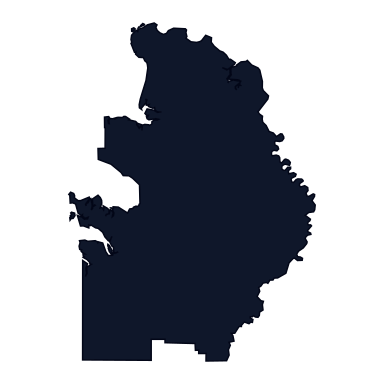 outline of Litchfield, Northern Territory, Australia
{"feature_id": "25037944B87513158470011", "entity_name": "Litchfield", "entity_type": "district", "adm_level": 2, "iso_a3": "AUS", "parent_name": "Australia", "parent_adm1": "Northern Territory", "projection": "mercator", "projection_center": [131.088, -12.502], "detail": "fine", "context": "isolated", "style": "filled", "palette": "ink", "viewbox_px": 384, "rotation_deg": 0, "n_neighbors": 0, "source": "geoboundaries", "source_scale": "gbopen_adm2", "svg_char_len": 5935}
<svg xmlns="http://www.w3.org/2000/svg" viewBox="0 0 384 384"><path d="M226.6,360.7L229.1,355.1L228.4,349.8L230.3,345.3L229.0,342.3L234.0,341.1L232.9,335.7L231.3,333.3L234.8,333.2L238.6,327.2L239.4,326.4L241.4,326.5L241.5,325.2L244.3,322.0L249.0,323.7L250.7,322.1L252.4,322.4L252.9,319.5L250.2,318.0L250.3,316.7L252.3,316.8L253.4,315.7L255.3,317.0L258.0,317.3L259.3,315.5L259.6,312.1L263.0,310.0L262.4,304.7L263.4,301.3L260.9,300.7L257.1,296.6L259.7,291.3L258.7,287.5L260.9,286.1L263.0,283.1L266.4,282.5L267.9,283.3L269.9,280.1L273.0,280.0L274.1,278.1L277.7,277.9L285.9,273.2L289.0,262.9L293.1,258.5L294.5,258.1L297.5,260.5L302.2,260.3L302.5,258.3L300.3,257.0L297.6,256.7L296.7,254.1L298.5,251.2L303.3,247.9L306.7,243.6L307.1,241.9L305.2,238.5L306.0,236.6L307.8,235.1L310.9,234.4L310.6,233.1L307.7,231.6L307.6,230.5L311.5,225.9L310.7,224.9L308.3,224.9L307.7,223.9L308.0,222.2L309.9,220.7L310.4,219.2L305.2,215.3L308.7,212.5L313.6,211.8L314.7,209.8L315.2,205.0L312.0,200.7L314.5,196.4L314.6,194.5L313.2,193.9L308.9,196.4L307.0,196.0L306.0,193.0L308.0,190.6L307.7,187.5L304.7,185.7L300.5,187.0L299.5,185.6L299.6,183.6L303.0,181.3L303.1,180.5L301.7,179.1L297.8,178.9L296.1,179.6L293.5,182.5L291.8,182.0L291.1,179.4L291.6,178.2L295.4,176.3L296.1,174.2L293.6,172.7L288.7,173.8L288.4,170.7L290.6,168.8L290.6,167.2L287.7,167.3L285.2,170.3L283.6,170.4L281.8,168.9L281.8,166.3L283.6,164.7L285.4,164.2L289.4,165.3L289.8,164.7L290.3,162.4L288.5,160.2L285.8,159.1L284.5,159.5L281.6,163.0L279.9,161.8L279.7,157.7L278.7,155.9L276.2,155.1L272.2,155.8L271.7,155.2L271.4,152.8L272.2,151.1L274.0,150.3L276.9,150.8L278.6,149.0L277.8,146.4L274.8,144.8L274.7,141.7L275.6,141.0L279.7,141.5L282.1,140.8L283.8,138.4L283.7,136.8L282.1,134.0L280.5,133.8L276.5,136.6L273.3,133.0L269.1,131.5L266.1,125.5L262.8,122.3L262.2,119.2L262.5,116.2L259.4,114.0L258.0,111.8L267.8,99.1L268.5,95.9L263.3,90.6L262.3,87.9L262.4,81.4L260.5,73.3L259.8,70.2L258.0,67.9L251.7,65.0L247.3,60.4L246.2,61.4L241.0,61.9L236.7,65.0L236.8,65.9L231.8,67.4L230.7,69.4L231.3,75.0L228.0,79.1L238.4,79.8L240.8,81.1L239.5,84.0L240.6,85.4L238.7,85.4L238.3,88.1L238.5,84.3L235.7,86.5L235.5,88.0L236.7,89.9L235.4,88.6L235.3,86.6L240.0,82.5L239.9,81.3L233.3,80.1L229.0,81.3L227.9,83.0L228.4,81.3L226.9,78.7L230.2,74.4L229.7,68.5L226.8,69.9L222.2,67.6L227.6,69.5L234.5,64.2L235.3,62.7L230.5,59.3L228.9,59.3L226.4,55.2L223.2,52.2L219.6,50.8L214.2,46.2L211.2,42.2L211.5,37.7L205.7,35.3L201.5,40.7L199.6,41.7L196.6,42.4L191.0,41.8L185.9,38.2L186.9,36.5L185.9,32.6L186.5,30.0L185.4,28.8L173.6,28.2L168.4,30.6L166.5,33.4L163.4,34.4L160.0,32.9L157.2,30.4L155.8,27.2L157.0,24.9L154.2,23.0L147.5,24.8L142.6,28.0L138.2,29.3L137.6,32.3L137.2,30.1L135.6,30.9L131.6,35.2L131.0,39.5L131.7,42.4L131.0,43.4L134.5,52.3L136.0,51.7L135.6,54.2L138.9,57.3L143.4,57.6L144.8,60.8L146.8,62.5L147.4,64.7L147.8,68.0L146.0,80.5L140.3,99.1L139.2,104.6L139.4,107.8L141.6,109.5L141.3,108.3L145.8,103.0L146.6,100.1L145.1,99.5L146.5,99.5L147.0,99.9L146.2,101.8L146.3,105.2L149.0,104.6L148.1,105.8L148.7,106.6L153.0,108.3L154.6,107.5L154.9,109.4L157.1,111.7L161.4,112.0L157.1,112.4L153.9,110.2L147.1,108.9L144.9,113.4L146.7,115.5L148.4,115.3L147.8,116.6L146.5,116.8L147.1,118.7L148.9,119.8L155.8,118.6L158.7,119.3L157.4,120.0L154.1,120.0L151.9,121.8L151.9,124.0L149.5,125.5L148.9,124.8L144.7,124.4L142.8,125.1L137.5,123.3L137.0,124.6L139.5,128.0L141.0,125.6L142.3,126.0L142.1,130.5L141.7,125.9L139.2,128.3L136.7,124.7L136.8,122.5L135.6,121.4L128.7,119.8L129.5,119.1L125.6,116.5L123.9,116.4L122.4,117.5L117.9,117.3L114.1,119.4L115.2,118.0L112.4,118.8L110.6,118.5L109.0,119.9L109.3,123.7L108.4,123.5L108.0,120.1L109.4,117.6L108.7,116.6L104.5,117.1L104.6,127.6L105.2,127.6L105.1,148.3L98.0,148.5L98.3,159.4L111.0,164.2L121.1,172.5L123.2,175.6L129.0,175.8L132.6,178.2L139.5,184.8L140.0,203.6L139.1,204.3L138.9,205.6L136.9,206.7L136.1,206.1L133.5,207.2L132.8,208.5L129.6,209.0L127.6,213.0L118.3,207.1L113.2,206.8L113.5,208.4L112.4,209.2L113.9,213.0L113.5,215.7L112.3,216.7L113.1,212.3L110.3,209.4L109.3,213.8L106.7,214.5L105.5,216.2L106.3,214.4L108.7,213.5L109.2,210.4L107.6,208.4L103.3,205.9L104.0,207.9L103.6,209.9L102.0,207.4L100.1,208.0L101.8,203.2L101.6,200.3L100.3,197.6L98.0,195.2L92.4,199.0L92.8,205.2L93.6,205.8L94.6,204.9L95.2,205.3L92.4,207.1L92.6,208.4L91.3,210.0L92.2,205.4L90.8,198.5L90.0,198.7L88.2,202.6L86.0,204.1L86.0,205.9L85.6,204.8L85.6,204.0L89.7,198.5L89.2,197.1L80.7,200.6L78.2,200.7L74.5,197.9L74.6,195.6L73.7,193.5L70.6,192.2L68.8,194.4L69.8,195.4L70.2,203.1L72.7,202.8L75.6,204.0L78.2,213.3L81.5,215.5L82.5,214.7L82.4,215.9L85.0,218.3L88.2,217.2L87.6,218.9L84.5,219.3L81.9,217.1L77.4,215.4L80.5,226.0L83.4,225.9L88.8,227.9L88.9,225.0L90.2,225.6L91.0,225.0L95.5,227.8L98.2,228.4L102.7,232.3L104.9,236.9L108.4,240.9L109.8,240.7L112.0,236.3L109.7,241.8L112.0,246.2L113.4,247.0L113.8,252.3L115.2,252.9L118.3,251.8L115.0,253.4L113.1,252.9L112.7,255.2L108.4,255.6L105.9,251.9L102.7,243.0L98.2,241.8L97.8,242.7L97.0,241.5L95.2,240.7L87.8,241.3L84.9,240.1L79.5,240.7L80.1,242.7L79.1,246.1L79.7,249.4L81.6,249.7L81.0,250.9L81.7,251.9L84.7,253.9L83.0,253.8L83.3,256.2L84.2,256.7L83.2,257.4L87.2,259.7L89.6,262.3L90.0,264.0L91.3,264.3L86.8,267.3L87.0,273.5L85.4,276.6L86.6,273.2L85.9,268.4L87.6,263.8L82.7,260.5L82.6,359.9L151.2,360.3L151.2,339.3L165.0,339.3L165.0,342.7L195.1,343.5L195.4,350.3L198.7,350.2L198.7,353.5L206.1,353.5L206.0,361.0L226.6,360.7ZM71.5,212.2L70.7,213.0L71.6,214.2L70.3,215.8L71.0,216.3L69.8,217.6L70.1,220.1L71.1,218.6L73.1,218.4L75.0,215.6L74.6,213.1L71.5,212.2ZM111.6,254.6L112.2,250.8L109.6,246.0L108.2,248.1L109.3,251.5L111.6,254.6ZM132.7,31.7L135.3,29.0L133.8,27.8L131.6,28.8L131.7,31.3L132.7,31.7ZM140.6,26.6L144.2,25.0L144.5,24.4L142.8,23.5L140.5,25.6L140.6,26.6ZM107.9,246.0L108.9,245.2L107.9,244.3L107.7,245.1L107.9,246.0ZM111.2,207.9L112.0,208.6L112.5,208.0L111.2,207.9ZM138.4,27.6L139.9,27.0L139.9,26.9L138.7,27.0L138.4,27.6Z" fill="#0f172a" stroke="#020617" stroke-width="1.5"/></svg>